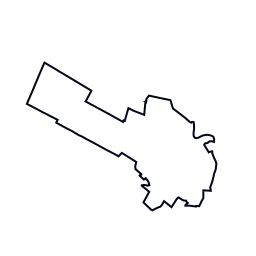 the district of Umbraresti, Galati, Romania, rotated 224°
{"feature_id": "2599482B20952692718710", "entity_name": "Umbraresti", "entity_type": "district", "adm_level": 2, "iso_a3": "ROU", "parent_name": "Romania", "parent_adm1": "Galati", "projection": "natural_earth1", "projection_center": [27.455, 45.712], "detail": "fine", "context": "isolated", "style": "outline", "palette": "ink", "viewbox_px": 256, "rotation_deg": 224, "n_neighbors": 0, "source": "geoboundaries", "source_scale": "gbopen_adm2", "svg_char_len": 2715}
<svg xmlns="http://www.w3.org/2000/svg" viewBox="0 0 256 256"><g transform="rotate(224 128 128)"><path d="M84.6,177.8L85.4,177.5L86.1,177.0L86.3,176.6L86.3,176.4L86.3,176.1L86.3,175.9L86.3,175.7L87.2,175.5L88.0,175.3L91.1,175.1L94.1,175.0L103.1,174.0L108.6,173.3L109.2,173.3L109.6,173.5L111.1,174.3L116.9,177.5L125.5,172.0L135.4,165.9L134.9,161.5L133.6,160.2L133.8,159.6L133.5,159.8L132.8,158.8L133.4,158.6L132.9,158.0L125.5,148.7L125.8,148.6L129.8,146.9L134.5,144.9L135.9,144.3L138.6,143.5L138.9,143.4L141.2,142.7L141.5,142.5L135.3,130.9L136.4,130.4L135.7,129.0L137.4,128.5L151.8,124.7L173.9,118.5L176.9,117.7L176.9,117.8L180.2,129.4L180.3,129.4L211.7,122.1L211.8,122.1L218.3,120.5L218.8,120.5L233.5,117.0L228.3,103.1L228.2,103.0L221.8,86.6L217.5,75.1L202.5,79.5L202.4,79.5L184.3,85.0L183.3,82.0L176.2,83.9L171.9,85.1L170.4,85.6L165.4,87.1L162.8,87.6L160.2,88.3L158.9,88.5L155.4,89.8L150.5,91.1L145.4,92.6L144.8,92.8L144.7,92.8L129.4,97.0L125.6,98.1L124.7,98.4L119.9,99.8L119.6,99.9L117.0,100.7L116.8,100.7L115.1,101.0L115.2,105.8L98.5,109.3L95.9,105.1L93.9,103.6L86.8,104.1L86.0,103.7L86.5,102.3L87.4,101.8L83.2,101.9L82.7,101.9L81.8,101.9L81.6,101.9L80.8,101.9L80.4,104.2L79.0,103.7L78.3,104.1L77.0,103.8L76.9,103.8L76.8,103.7L76.1,103.5L75.6,103.3L73.1,101.8L73.2,101.7L73.5,101.3L73.6,101.1L73.5,100.9L73.4,100.8L73.5,100.7L73.7,100.4L74.3,99.9L75.1,99.4L76.3,98.7L76.7,98.4L77.1,98.0L77.3,97.7L77.5,97.4L77.9,96.9L78.3,96.5L78.3,96.3L78.3,96.2L78.2,96.1L76.9,96.1L76.4,96.1L76.2,96.3L75.2,96.3L70.5,96.7L68.4,96.8L65.2,85.2L54.6,85.3L53.5,85.7L53.3,85.7L51.1,92.0L50.3,93.2L50.1,94.3L50.2,96.4L51.3,100.4L41.7,101.3L43.4,109.8L43.5,109.9L43.7,112.7L43.5,113.0L43.0,113.4L42.8,113.4L40.0,113.8L38.6,114.2L37.3,114.7L35.7,116.1L34.9,115.7L34.2,115.5L33.9,115.4L33.5,115.4L32.9,115.5L33.3,112.9L32.8,112.0L30.0,114.7L29.9,114.8L24.6,118.7L24.9,119.1L23.1,120.8L22.5,121.1L22.5,121.3L24.2,126.4L25.1,129.9L30.5,135.5L24.8,140.4L25.6,141.0L25.9,141.2L26.6,141.7L27.5,142.2L28.3,143.8L28.6,144.6L29.4,146.3L30.2,148.1L33.0,152.9L34.6,155.5L35.2,157.1L36.2,159.3L37.9,161.4L39.7,163.8L42.5,165.3L45.5,166.3L49.5,168.2L51.3,169.7L51.8,169.0L52.3,168.2L52.6,167.7L52.9,167.2L53.0,166.6L61.5,168.8L61.7,169.5L61.8,170.5L61.6,171.0L61.3,171.3L60.9,171.6L60.7,172.0L60.5,172.3L60.4,172.5L60.3,172.9L60.3,173.1L60.4,173.3L60.4,173.6L60.4,173.9L60.2,174.3L60.0,175.0L59.8,175.4L59.3,175.8L59.1,176.0L58.9,176.2L58.7,176.5L58.4,176.7L56.5,177.7L57.9,179.5L59.9,180.8L61.6,180.9L64.0,179.7L65.0,179.1L65.8,178.6L67.4,176.9L69.2,174.1L70.7,169.8L71.7,168.3L72.9,167.4L73.8,167.6L74.8,167.7L76.3,168.8L77.8,170.5L80.2,173.7L81.5,174.8L82.8,176.2L83.8,176.9L84.6,177.8Z" fill="none" stroke="#020617" stroke-width="2"/></g></svg>